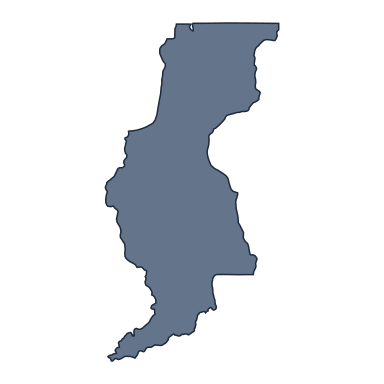 Baião, Pará, Brazil (Robinson projection)
{"feature_id": "56859067B46616418398900", "entity_name": "Baião", "entity_type": "district", "adm_level": 2, "iso_a3": "BRA", "parent_name": "Brazil", "parent_adm1": "Pará", "projection": "robinson", "projection_center": [-49.732, -3.168], "detail": "fine", "context": "isolated", "style": "filled", "palette": "slate", "viewbox_px": 384, "rotation_deg": 0, "n_neighbors": 0, "source": "geoboundaries", "source_scale": "gbopen_adm2", "svg_char_len": 6033}
<svg xmlns="http://www.w3.org/2000/svg" viewBox="0 0 384 384"><path d="M106.3,190.1L107.3,191.5L106.8,193.7L106.3,195.1L105.7,199.7L105.9,202.7L106.7,204.9L107.8,206.2L111.0,206.7L112.8,206.0L113.8,206.6L114.6,207.9L115.5,208.8L116.9,209.4L118.2,212.0L117.7,213.1L117.4,214.9L116.9,217.0L116.5,218.9L117.0,222.0L120.1,227.3L120.8,229.9L120.9,232.2L120.2,235.3L120.5,237.6L122.0,239.8L123.2,241.9L124.2,243.2L124.7,244.6L125.2,248.9L124.8,253.8L125.1,256.7L126.3,258.7L128.0,260.2L130.1,261.8L132.7,263.0L135.4,264.7L137.1,267.4L141.0,266.9L142.5,267.8L144.4,269.9L146.6,270.8L146.3,274.9L145.2,276.6L146.0,278.2L145.8,279.9L145.1,281.6L145.2,283.0L145.9,285.2L147.7,286.2L149.6,287.8L151.3,290.4L152.0,292.3L151.8,295.0L153.1,295.6L154.3,296.6L155.0,298.2L155.7,299.4L155.9,301.1L155.8,303.0L154.8,303.8L153.0,304.7L152.3,305.2L151.5,306.0L151.2,306.9L151.1,308.2L152.0,309.0L152.9,309.1L154.1,309.2L154.6,310.1L154.6,311.5L154.7,312.9L155.0,314.0L154.4,314.7L152.9,315.8L151.7,317.6L151.1,318.7L150.4,319.4L150.2,320.5L149.0,322.4L148.3,323.1L147.5,323.9L146.6,324.4L145.9,325.1L143.4,327.3L142.4,328.3L141.1,328.9L139.4,329.4L138.4,329.3L137.2,328.6L136.1,328.4L135.2,328.8L134.5,329.4L134.1,330.3L133.9,331.5L134.0,333.1L134.2,335.8L133.0,336.1L132.8,335.0L131.8,334.8L131.7,333.8L131.3,332.9L130.5,332.5L129.7,332.6L127.7,333.2L126.9,333.8L126.3,334.7L124.6,336.4L123.6,338.4L122.6,338.7L121.9,339.5L121.4,340.6L120.5,341.1L119.5,341.4L118.7,342.2L118.5,343.1L118.8,344.1L118.9,345.2L119.2,346.2L119.4,347.2L118.2,347.4L117.2,347.7L116.5,348.2L115.7,349.4L115.2,350.2L115.5,351.4L116.1,352.2L116.5,353.2L115.5,353.6L114.4,353.6L113.3,354.0L112.3,354.7L111.5,355.0L110.5,355.2L109.6,355.4L108.7,355.9L107.9,356.7L108.7,357.6L109.6,357.9L110.5,358.5L111.3,360.9L112.4,361.0L113.2,360.5L113.9,359.7L114.6,359.0L115.5,358.5L116.4,358.6L117.3,359.1L118.3,359.5L119.3,359.3L121.0,358.7L122.8,357.6L123.7,357.2L124.4,356.5L127.0,356.3L129.0,356.5L129.9,356.3L132.0,357.0L132.9,357.0L135.0,358.1L135.8,357.0L136.4,356.1L137.1,355.4L137.9,353.5L138.3,352.3L138.8,351.5L139.6,350.9L140.5,350.8L141.6,350.9L142.6,351.5L143.8,351.7L144.6,351.0L145.8,349.1L146.1,348.1L147.0,347.8L147.8,347.2L150.1,347.3L151.3,347.2L153.7,345.7L154.6,345.0L155.5,344.8L156.3,345.2L157.2,345.1L159.0,345.4L160.1,345.4L161.0,345.4L162.0,345.3L163.1,344.5L165.6,343.1L167.5,340.9L168.2,339.8L168.2,338.7L168.9,337.4L171.3,335.6L172.2,334.8L173.1,334.3L174.1,334.1L174.6,335.0L176.0,335.2L177.1,335.6L178.3,335.9L179.7,336.0L180.6,335.3L181.5,334.9L182.1,334.3L183.4,334.4L184.9,334.0L186.0,333.9L187.0,334.1L187.7,334.6L188.8,334.8L190.5,333.5L191.7,332.8L192.7,332.0L193.8,331.5L194.4,330.6L194.3,329.6L194.5,328.3L195.2,327.8L195.2,326.5L195.9,324.6L195.6,323.6L195.6,321.4L196.5,320.2L196.9,318.7L197.0,317.5L197.4,316.3L197.7,314.8L198.9,314.0L199.3,312.9L200.2,312.4L201.2,312.4L202.2,311.9L203.2,311.6L204.6,311.6L205.6,312.9L206.9,311.3L208.1,310.9L207.9,309.8L208.4,308.9L209.6,308.2L210.4,307.5L211.7,308.0L212.2,309.3L213.5,310.1L214.5,309.8L215.4,309.4L216.1,308.3L216.4,307.3L216.2,306.1L215.7,305.2L215.3,304.0L215.1,303.0L214.8,299.7L214.1,298.0L213.7,295.9L213.1,293.9L212.8,292.2L212.8,290.2L212.6,288.0L211.9,284.9L212.0,283.5L212.1,281.7L212.6,280.1L212.7,278.5L213.6,276.8L215.2,275.1L216.8,274.5L227.5,274.5L238.2,274.7L245.1,274.6L253.4,274.6L253.4,273.3L253.6,272.3L253.9,271.2L254.9,269.2L255.4,268.4L256.0,266.2L255.8,265.1L255.6,263.7L256.0,262.1L256.3,260.9L256.9,259.7L256.9,258.7L256.5,257.7L255.4,256.1L254.6,255.6L253.2,254.9L251.8,254.8L250.6,254.8L249.8,253.5L249.4,251.1L248.8,248.4L248.7,247.0L247.9,244.4L247.4,243.4L245.1,241.3L243.3,237.9L243.5,232.5L240.5,226.5L238.4,222.8L237.9,216.4L236.2,208.6L235.7,201.4L237.5,195.4L237.7,192.9L232.8,191.2L231.0,189.1L230.0,186.1L229.1,183.2L228.1,178.7L226.4,176.1L223.6,173.9L218.5,170.6L214.7,168.6L211.0,165.4L208.8,160.0L207.8,156.7L207.1,152.3L207.5,149.4L208.6,145.3L209.0,141.8L209.0,138.6L208.8,136.0L209.4,134.8L210.7,133.7L211.6,133.2L212.8,131.9L213.2,130.9L213.6,129.0L215.5,128.3L219.3,125.0L220.9,123.3L222.6,121.6L224.6,119.2L225.6,116.9L226.8,115.5L228.9,114.7L233.1,113.7L235.2,112.9L238.0,112.3L239.7,112.4L241.6,111.5L244.5,111.5L246.5,111.2L248.0,110.6L248.9,109.5L249.0,108.3L250.2,106.4L253.1,102.9L256.2,101.5L258.7,99.7L258.9,98.4L258.9,96.9L259.8,94.3L260.1,92.4L259.1,91.2L256.1,89.2L255.5,88.2L255.3,85.6L255.4,84.2L255.8,82.5L255.4,78.4L254.9,76.9L254.9,74.8L255.0,73.4L255.4,71.7L255.9,70.7L256.6,68.6L256.0,67.0L255.1,65.7L254.2,64.9L254.3,62.9L255.0,58.5L254.5,56.6L253.9,55.7L254.4,53.0L254.7,51.0L255.5,48.7L256.7,47.2L258.7,45.6L260.0,43.8L262.1,41.9L263.7,40.4L265.7,39.7L267.2,39.6L270.1,39.9L272.0,40.2L274.0,40.6L274.9,40.5L275.6,39.6L277.1,36.4L277.2,35.5L277.0,34.5L276.7,33.6L276.9,31.7L278.7,29.8L278.7,23.4L249.3,23.1L227.2,23.0L204.0,23.3L193.1,23.3L192.5,24.2L192.8,26.9L193.2,28.3L193.3,29.5L192.9,30.9L191.1,29.8L190.3,28.8L189.8,27.8L189.5,26.7L190.9,24.2L188.5,24.1L176.4,24.1L176.2,25.5L175.8,27.0L175.3,28.0L174.9,28.9L174.9,31.6L174.7,34.8L174.9,36.3L174.6,37.9L172.9,38.8L171.2,38.9L169.6,38.7L168.3,38.8L167.0,38.9L166.2,41.0L165.3,42.9L164.1,44.3L162.6,45.3L161.4,46.2L160.1,48.2L159.8,49.1L159.7,53.0L160.5,55.3L162.7,60.4L163.3,61.5L165.1,63.6L165.4,65.1L165.0,67.3L164.1,69.1L163.2,70.7L162.8,72.0L162.6,75.8L162.3,77.3L161.8,79.9L161.9,83.9L161.2,87.0L160.6,93.9L159.4,100.0L158.0,108.0L156.9,114.8L155.1,120.1L152.7,123.4L146.7,126.7L142.9,128.3L141.2,128.8L138.2,129.8L137.1,130.1L135.1,130.4L132.4,130.9L130.5,130.9L128.5,131.3L128.8,134.2L128.5,135.1L127.5,137.0L126.2,137.4L125.0,138.0L125.0,139.3L126.4,140.9L125.4,145.6L124.6,148.5L124.8,150.8L125.3,152.3L125.5,153.5L126.4,154.0L127.0,155.6L126.6,157.4L125.1,159.3L124.0,160.7L123.7,162.9L124.7,164.8L124.3,166.3L122.4,167.8L119.9,167.7L118.1,168.4L117.1,170.1L116.0,172.7L115.5,173.6L114.5,176.0L113.5,177.0L111.1,179.0L110.0,180.1L108.7,180.8L106.8,182.6L106.6,184.3L105.9,185.8L105.3,187.7L106.3,190.1Z" fill="#64748b" stroke="#1e293b" stroke-width="1.5"/></svg>